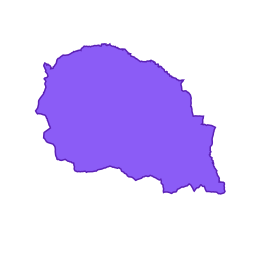 outline of Bone Bolango, Gorontalo, Indonesia, rotated 162°
{"feature_id": "22746128B41707288718561", "entity_name": "Bone Bolango", "entity_type": "district", "adm_level": 2, "iso_a3": "IDN", "parent_name": "Indonesia", "parent_adm1": "Gorontalo", "projection": "robinson", "projection_center": [123.251, 0.556], "detail": "fine", "context": "isolated", "style": "filled", "palette": "violet", "viewbox_px": 256, "rotation_deg": 162, "n_neighbors": 0, "source": "geoboundaries", "source_scale": "gbopen_adm2", "svg_char_len": 5774}
<svg xmlns="http://www.w3.org/2000/svg" viewBox="0 0 256 256"><g transform="rotate(162 128 128)"><path d="M205.2,120.4L204.8,119.8L203.7,119.6L202.5,118.3L201.1,117.7L197.4,117.6L195.5,115.1L194.4,114.5L193.9,113.9L192.5,113.2L192.0,112.2L190.5,111.4L190.9,109.4L190.9,107.6L191.7,106.2L191.9,104.9L191.5,103.5L190.7,103.0L189.9,102.2L189.1,101.9L188.2,101.9L186.9,101.1L185.7,101.0L184.8,100.6L182.3,100.2L181.9,99.9L181.2,98.7L179.9,98.9L175.4,97.5L172.5,97.2L171.5,96.8L169.6,97.6L165.6,97.1L162.9,97.3L161.8,97.0L159.7,97.4L158.6,97.2L157.0,97.4L155.6,96.4L154.6,95.4L153.5,95.1L152.8,94.4L151.5,93.7L150.7,93.1L150.3,92.9L149.0,93.1L147.4,91.0L147.5,89.4L147.3,88.8L145.6,87.2L145.4,86.1L144.6,85.5L143.6,84.4L143.4,82.8L142.4,81.4L139.9,80.3L139.0,79.5L137.5,77.1L137.0,75.9L136.6,75.8L135.3,76.1L130.6,76.1L129.0,76.9L127.7,76.6L126.4,76.9L125.5,76.7L124.0,75.7L122.7,75.7L121.7,76.1L121.3,76.0L120.5,75.2L119.5,74.6L119.0,73.7L117.0,72.0L116.0,70.7L114.3,68.9L113.6,68.8L112.7,69.1L112.7,67.3L113.4,65.6L113.4,65.0L112.4,63.2L112.4,62.7L112.8,61.3L112.9,59.1L113.9,57.1L114.1,55.7L113.0,55.8L110.4,55.0L108.3,53.7L107.0,52.4L106.3,52.4L104.8,53.0L102.1,52.4L101.4,52.8L99.9,54.4L97.7,54.6L95.2,55.3L93.6,54.7L91.1,54.9L89.5,54.7L87.2,55.9L86.7,55.5L85.7,53.9L85.5,52.4L85.1,51.4L84.8,48.1L84.5,47.5L82.0,49.4L81.0,49.8L79.5,49.5L78.0,50.2L76.7,51.4L76.2,51.5L76.0,51.3L75.1,49.5L74.6,49.2L73.4,48.9L73.4,45.8L73.1,43.7L72.7,43.2L70.9,42.7L69.2,41.9L68.6,41.4L66.5,41.0L66.0,40.5L64.9,40.3L63.3,39.4L62.3,37.6L61.3,37.3L60.3,36.7L56.9,36.6L55.4,37.6L55.4,40.2L54.7,41.6L54.5,43.5L53.8,44.4L53.4,45.9L54.2,47.0L55.2,47.3L56.3,47.9L57.0,47.9L58.1,48.6L57.4,49.2L57.6,49.8L57.3,50.3L57.3,51.0L56.7,52.0L57.1,54.4L57.6,55.0L57.4,57.0L57.6,58.0L57.6,58.7L56.7,60.0L57.0,60.4L57.7,62.8L58.1,63.4L57.9,64.4L58.3,65.1L58.1,66.7L57.6,67.4L57.9,67.9L58.4,68.2L58.4,68.8L57.5,68.8L57.4,69.1L57.7,69.6L57.3,70.6L57.7,71.0L58.2,72.6L57.5,73.3L57.3,73.7L58.0,74.5L58.6,75.5L58.9,77.2L58.1,77.3L58.2,77.9L57.9,78.1L57.7,79.0L56.5,79.7L56.8,81.3L56.5,81.9L55.7,84.4L55.3,85.0L53.8,85.8L52.9,86.8L52.2,88.5L51.5,91.3L50.8,92.7L49.1,95.2L48.1,97.2L47.2,98.4L46.7,99.5L44.7,101.6L47.7,104.5L51.4,106.4L52.5,106.2L54.0,107.8L55.1,107.8L56.8,108.9L56.6,109.0L55.9,108.8L55.4,109.3L55.2,110.4L54.7,111.7L54.6,112.7L53.7,113.7L52.6,115.9L53.8,116.2L56.4,117.4L57.1,117.5L60.2,118.7L62.3,119.1L62.0,124.3L61.4,126.1L61.2,128.5L61.3,128.5L61.3,128.9L61.7,129.1L61.7,129.3L60.3,132.0L59.6,135.0L58.7,136.8L58.5,140.1L59.4,142.7L59.9,143.4L60.2,143.3L61.2,145.2L62.1,145.7L64.1,145.9L65.2,147.4L64.7,148.9L64.3,151.0L64.3,152.6L63.9,153.8L63.4,154.4L60.9,155.9L61.0,156.4L60.8,156.5L61.2,156.6L61.3,156.4L61.5,156.4L61.5,156.7L61.3,156.7L61.5,156.8L61.5,156.6L62.3,156.5L63.5,156.9L63.8,157.3L64.7,157.2L65.1,157.4L65.6,158.4L66.6,159.0L67.0,160.0L66.9,160.1L67.3,160.6L69.3,161.8L69.7,162.5L70.4,162.4L70.7,163.1L70.6,163.7L71.4,164.4L72.2,164.5L72.1,166.2L72.4,166.7L73.1,166.8L73.7,167.9L73.7,168.5L73.4,169.2L73.8,169.8L75.0,169.7L75.5,170.1L75.7,170.9L75.6,172.5L76.1,173.0L76.7,174.0L77.2,174.5L77.1,175.2L77.5,176.1L78.4,176.8L78.9,176.4L79.1,176.7L80.0,176.6L80.2,176.8L80.3,177.4L79.6,178.3L79.6,179.4L79.8,179.6L80.7,179.6L82.1,180.1L82.4,180.7L82.1,181.0L82.1,182.1L82.5,182.7L83.2,182.7L83.4,183.7L84.3,184.3L85.2,185.3L86.0,185.1L86.2,184.8L86.3,185.1L87.8,185.2L88.4,185.6L89.6,185.7L90.1,185.4L93.4,186.5L94.6,187.4L95.7,187.3L98.2,190.8L98.4,191.3L98.9,191.4L99.3,191.8L100.0,193.3L100.5,193.8L101.0,193.9L101.3,194.4L102.9,195.3L103.0,196.8L102.9,197.4L102.6,197.8L103.3,198.0L103.6,198.4L104.1,198.0L104.6,198.4L104.4,198.5L104.6,198.5L104.8,199.2L104.6,199.5L104.8,200.0L105.5,201.3L105.7,202.0L106.2,202.9L106.6,203.9L108.1,204.5L108.4,204.0L108.8,203.8L109.2,204.1L109.3,205.0L110.9,205.3L112.1,206.3L112.6,206.4L113.0,207.0L112.9,207.6L113.2,207.8L113.6,207.7L114.1,207.9L114.8,208.8L114.9,209.4L115.9,209.5L116.4,210.2L117.4,210.4L118.9,211.7L119.3,212.4L119.3,213.5L121.0,212.9L121.5,213.1L121.6,213.3L122.3,212.9L122.8,213.1L123.2,213.6L123.3,214.1L122.9,214.6L123.0,214.8L123.7,214.8L124.6,215.4L125.2,215.4L125.4,215.2L125.8,215.6L127.2,215.9L127.5,215.7L127.6,214.9L127.8,214.5L128.4,214.2L129.8,215.1L130.1,215.8L130.7,215.7L131.4,216.0L132.4,216.0L134.4,216.8L135.9,216.7L137.5,217.0L138.4,216.8L139.3,217.5L139.9,217.7L140.8,217.7L142.0,218.5L143.9,218.9L144.4,219.4L146.4,218.3L147.5,218.1L148.5,217.1L148.8,216.3L149.6,216.9L151.6,217.2L151.8,216.9L152.0,216.8L152.8,217.2L153.5,217.0L154.1,217.2L155.2,217.0L156.1,217.5L156.6,217.0L158.4,216.8L159.2,216.5L162.0,216.0L165.4,216.6L167.2,217.4L170.4,216.4L171.3,215.8L173.1,215.7L174.5,214.7L176.3,211.6L178.4,210.2L179.2,209.4L180.2,209.2L180.4,208.3L180.9,207.9L181.6,208.0L182.2,208.7L183.0,208.1L183.3,208.2L182.6,209.3L182.7,210.9L183.8,212.4L184.2,212.5L184.4,213.3L184.8,213.3L185.1,213.0L185.5,213.0L185.1,213.6L185.6,213.8L187.0,215.5L188.7,213.7L188.9,212.4L188.6,211.4L188.6,210.0L188.2,208.4L189.1,207.1L188.0,204.5L188.1,202.0L189.5,201.1L190.7,201.1L191.4,201.3L192.4,200.9L192.5,200.3L191.9,199.2L191.7,197.6L192.8,196.6L193.4,195.7L193.5,195.2L193.3,193.5L193.7,191.6L194.4,191.0L196.4,188.2L197.2,187.9L197.2,187.4L198.0,186.4L202.0,183.7L204.1,182.0L204.7,181.2L205.7,178.3L207.3,175.6L207.9,174.8L210.6,172.8L210.2,170.7L209.7,169.4L208.8,169.4L207.1,168.6L206.6,168.5L204.4,166.7L203.6,166.4L202.8,165.5L202.4,164.2L202.4,162.4L202.0,162.0L202.0,161.3L202.3,160.5L202.1,159.6L202.0,156.1L202.2,155.5L201.8,153.8L201.8,152.0L209.0,149.7L209.4,149.3L211.3,144.6L210.9,144.2L210.5,143.3L209.7,140.1L209.3,139.8L208.7,139.0L204.3,135.9L203.4,133.5L203.3,132.1L203.7,130.1L204.5,127.9L205.2,124.6L205.2,123.2L204.9,121.8L205.2,120.4Z" fill="#8b5cf6" stroke="#5b21b6" stroke-width="1.5"/></g></svg>